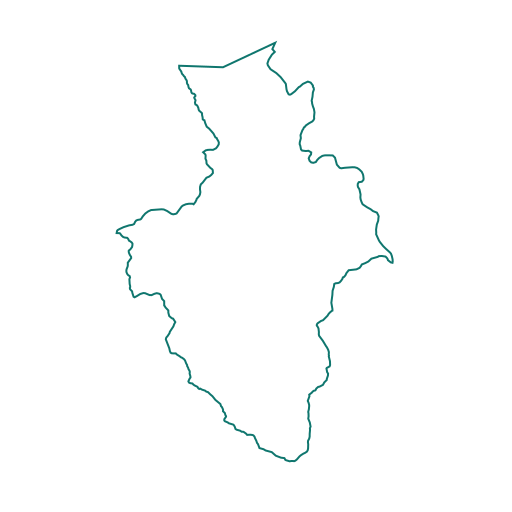 Ngangla, Shemgang, Bhutan (Robinson projection), rotated 172°
{"feature_id": "84629894B76990430770482", "entity_name": "Ngangla", "entity_type": "district", "adm_level": 2, "iso_a3": "BTN", "parent_name": "Bhutan", "parent_adm1": "Shemgang", "projection": "robinson", "projection_center": [90.989, 26.895], "detail": "fine", "context": "isolated", "style": "outline", "palette": "teal", "viewbox_px": 512, "rotation_deg": 172, "n_neighbors": 0, "source": "geoboundaries", "source_scale": "gbopen_adm2", "svg_char_len": 6104}
<svg xmlns="http://www.w3.org/2000/svg" viewBox="0 0 512 512"><g transform="rotate(172 256 256)"><path d="M246.9,47.5L245.6,47.8L243.9,48.8L240.8,51.5L239.2,52.5L236.6,53.7L234.9,54.2L232.8,55.2L231.8,56.5L231.2,58.2L230.5,62.3L230.5,64.3L230.2,65.7L228.7,67.8L228.0,69.7L227.6,72.4L226.7,76.2L226.6,77.9L225.7,79.5L225.9,83.7L226.9,87.6L226.2,90.1L225.9,93.1L226.0,94.3L225.0,96.8L224.2,100.1L224.1,101.3L224.4,103.6L224.9,105.3L222.6,109.7L222.6,111.3L219.9,112.8L218.8,113.8L217.6,114.5L216.2,114.6L215.6,115.0L214.8,116.3L212.7,117.7L211.2,117.8L207.6,119.1L206.0,121.3L203.2,123.4L203.0,124.4L201.4,127.6L201.0,129.5L201.7,131.1L201.9,134.8L201.5,135.3L198.5,136.4L197.8,137.7L197.4,141.5L197.9,146.5L197.6,147.1L197.7,148.1L197.2,150.7L197.6,153.1L198.5,155.7L199.2,157.0L201.6,162.7L204.6,168.2L204.7,169.8L204.3,171.9L204.2,175.6L205.0,177.9L205.4,178.4L205.5,179.1L205.0,180.1L204.3,180.8L200.7,182.6L198.5,183.1L193.5,186.9L192.1,188.6L190.5,189.9L188.4,191.2L187.9,191.3L187.7,192.8L187.9,199.2L185.8,206.8L185.0,210.9L183.2,214.6L182.4,217.4L181.0,217.9L178.5,217.8L176.9,218.2L175.1,219.7L173.5,221.5L173.0,222.7L171.6,223.1L170.0,224.6L168.9,226.4L166.2,229.0L158.6,228.8L157.7,229.0L155.0,229.9L153.5,231.4L152.4,232.9L149.0,233.7L145.5,234.9L142.1,237.3L135.5,238.2L134.6,238.7L133.5,238.7L131.4,238.5L127.8,237.4L126.5,235.6L126.1,234.7L125.9,233.5L123.4,230.9L121.8,230.3L121.4,231.5L121.2,233.8L121.5,237.2L122.0,239.5L122.7,240.7L126.4,245.1L128.7,248.1L131.4,252.7L132.1,254.3L134.0,260.8L133.7,262.2L133.4,265.5L132.0,270.3L130.1,273.9L129.6,276.1L129.0,278.3L129.3,279.5L130.2,282.1L133.9,284.2L136.0,286.4L139.1,288.7L142.8,292.0L143.4,292.8L144.1,295.4L144.5,297.5L144.5,299.5L143.9,302.4L144.3,307.6L145.4,310.1L145.5,311.5L145.2,313.2L144.0,314.8L140.9,314.8L139.1,316.3L138.7,317.4L138.6,320.7L138.8,322.2L139.6,324.7L141.7,327.4L143.6,329.1L145.9,330.1L148.2,330.5L155.9,331.0L159.4,331.0L160.9,331.7L163.2,335.2L164.1,342.4L166.0,344.9L170.7,345.7L174.1,346.1L176.4,345.9L179.8,344.3L181.9,342.7L183.7,340.7L186.3,340.3L188.3,341.0L189.7,342.8L190.2,345.4L189.0,347.4L187.4,348.9L186.9,350.9L189.4,352.9L192.0,353.0L195.7,354.0L196.6,355.3L196.8,359.0L197.2,360.7L196.8,362.6L195.2,366.4L195.1,369.5L192.6,374.0L191.3,375.5L190.7,376.6L189.2,377.4L188.7,378.2L184.9,380.1L181.5,381.4L180.2,382.5L179.3,383.8L179.1,386.0L178.1,390.1L178.2,393.6L178.8,396.2L179.2,399.1L179.1,400.8L179.3,401.9L177.9,405.8L176.9,410.1L175.5,412.8L175.5,414.5L176.1,415.7L175.9,416.9L177.7,420.1L180.4,421.5L185.6,419.9L189.0,417.6L190.1,417.3L194.5,413.7L198.4,411.5L199.4,411.1L200.3,411.1L201.2,411.6L202.4,414.9L202.6,416.9L202.5,422.2L203.0,423.3L206.7,429.7L210.4,434.3L215.6,438.9L217.7,443.2L217.9,445.1L216.1,448.6L212.2,453.2L209.0,455.5L211.0,458.6L207.3,464.5L262.4,447.5L305.6,455.1L305.9,452.9L305.9,452.2L304.3,449.0L304.2,447.9L303.7,446.3L303.0,445.5L302.2,443.9L301.5,443.2L301.2,441.5L300.3,439.7L300.1,438.8L300.3,437.0L300.1,435.9L299.4,434.8L299.3,432.7L299.0,431.4L297.6,430.1L297.3,429.3L297.2,427.1L296.8,426.2L296.4,425.8L294.7,425.2L293.7,423.8L293.7,422.9L295.1,421.6L295.0,420.7L294.2,418.7L295.1,416.4L295.0,415.3L294.9,414.5L293.6,413.6L293.0,412.5L292.5,410.7L292.4,408.9L292.1,407.9L289.7,405.1L289.6,404.5L289.8,403.2L289.6,400.9L289.7,398.7L289.1,398.1L288.2,397.6L287.8,394.7L286.8,390.9L284.7,388.7L281.1,383.2L279.7,379.1L278.5,378.3L278.2,377.0L277.4,375.2L277.0,373.6L277.4,371.7L279.1,369.6L280.6,368.2L283.8,367.1L286.6,367.6L289.1,367.8L291.1,367.6L293.9,366.1L292.0,363.6L291.9,362.5L292.5,359.4L291.9,357.3L292.1,354.6L291.8,353.7L290.6,352.0L289.0,349.7L287.3,348.0L286.9,347.1L287.1,344.2L289.0,342.5L291.2,341.2L294.2,340.4L298.6,336.1L300.7,334.6L301.8,332.2L302.2,329.7L302.2,327.0L302.9,324.9L303.8,323.4L306.8,320.8L307.1,320.0L308.5,317.9L310.6,315.9L311.6,316.6L315.0,317.1L318.2,317.0L321.2,316.2L322.7,315.4L328.7,309.2L329.8,308.9L332.2,308.8L333.9,309.5L337.7,312.9L340.8,314.9L343.0,315.4L353.5,316.1L356.5,315.2L359.7,313.5L362.6,311.0L364.5,308.8L365.4,308.3L368.3,308.2L369.7,307.8L371.0,306.6L372.2,304.7L373.9,304.1L377.4,304.0L383.1,303.0L387.4,301.7L389.4,300.9L390.1,300.2L390.8,298.1L388.0,297.6L387.5,297.3L386.3,295.0L384.9,293.3L383.6,292.6L381.0,291.9L380.2,290.7L379.6,288.8L378.6,288.1L377.2,286.7L376.6,285.5L376.8,284.2L377.5,282.1L379.6,280.0L380.9,279.3L381.4,278.7L381.4,276.9L380.8,274.7L379.8,272.6L379.9,271.3L383.9,267.2L384.2,264.7L384.6,263.4L385.8,261.3L386.3,260.1L386.5,258.8L386.5,257.9L386.0,256.1L385.2,254.8L383.9,253.7L383.7,252.3L384.6,250.7L385.0,245.9L384.8,243.6L385.0,242.5L385.4,241.9L385.3,240.6L383.6,238.2L383.6,236.8L382.9,232.7L382.0,232.0L379.5,232.9L375.9,234.5L372.7,235.0L371.0,234.6L366.8,232.1L364.8,231.8L361.9,232.7L359.5,233.0L357.3,232.2L356.2,231.4L355.8,230.8L355.0,226.6L353.2,224.1L353.8,219.7L353.1,218.7L352.9,217.8L350.4,214.3L350.7,212.1L350.3,208.7L348.8,206.9L347.6,205.8L346.8,205.5L345.1,201.8L346.5,199.9L347.6,197.8L351.9,192.9L352.4,191.6L354.9,188.8L355.8,188.1L356.5,187.2L356.9,186.0L354.7,176.6L354.5,173.8L354.0,172.1L352.8,171.3L349.0,170.7L348.2,169.6L347.3,168.8L345.6,167.4L344.5,166.2L343.3,165.5L341.6,163.8L340.8,162.4L340.1,159.3L339.4,157.6L339.5,156.6L338.8,154.9L338.6,153.4L337.8,151.5L337.7,150.4L338.1,148.8L337.7,146.0L337.8,144.8L338.8,143.8L340.4,141.3L340.2,140.6L339.8,139.8L338.5,139.1L336.7,138.6L336.0,137.5L335.0,136.5L332.2,134.6L331.6,133.1L330.7,132.2L329.8,132.5L328.1,131.2L325.2,129.8L324.1,128.6L322.5,127.9L320.5,125.3L318.7,123.3L316.2,119.1L311.9,114.4L311.5,112.1L310.8,111.2L310.2,109.3L310.0,108.1L310.3,106.9L308.7,104.8L308.5,102.9L308.0,101.7L308.0,101.1L310.1,98.8L310.3,97.5L309.8,96.7L307.1,95.1L306.3,94.2L302.0,92.2L301.5,91.6L300.8,89.9L300.4,87.6L299.4,86.7L296.0,85.2L294.7,84.0L293.3,83.8L292.7,83.5L290.5,81.4L289.7,80.1L286.4,79.8L284.3,79.2L283.5,78.7L282.6,77.3L282.4,76.0L281.4,73.0L281.0,70.8L280.2,69.4L279.3,65.3L275.4,63.6L273.6,62.1L267.7,59.6L264.2,55.5L259.3,52.8L256.0,51.9L255.3,50.0L254.5,49.5L251.2,48.0L249.7,48.1L247.6,47.8L246.9,47.5Z" fill="none" stroke="#0f766e" stroke-width="2"/></g></svg>